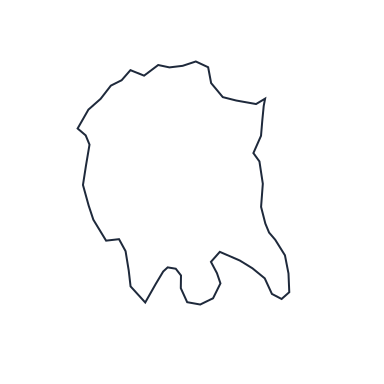 outline of Östra Göinge, Skåne, Sweden, rotated 115°
{"feature_id": "70781695B77141748378348", "entity_name": "Östra Göinge", "entity_type": "district", "adm_level": 2, "iso_a3": "SWE", "parent_name": "Sweden", "parent_adm1": "Skåne", "projection": "equal_earth", "projection_center": [14.184, 56.312], "detail": "fine", "context": "isolated", "style": "outline", "palette": "slate", "viewbox_px": 384, "rotation_deg": 115, "n_neighbors": 0, "source": "geoboundaries", "source_scale": "gbopen_adm2", "svg_char_len": 879}
<svg xmlns="http://www.w3.org/2000/svg" viewBox="0 0 384 384"><g transform="rotate(115 192 192)"><path d="M107.6,299.3L120.4,303.0L129.9,310.5L146.2,314.2L161.1,320.7L182.8,322.5L185.6,312.3L192.4,304.9L212.7,299.3L231.7,293.8L248.0,279.9L258.8,269.7L272.4,249.3L265.6,238.2L273.7,227.2L290.0,216.1L303.5,207.8L311.9,187.7L290.6,186.0L276.2,184.5L270.6,182.2L268.4,174.3L272.3,166.7L283.9,161.5L293.9,149.8L290.5,137.0L279.4,128.0L262.8,127.6L255.0,135.1L247.3,145.3L234.5,141.5L233.9,119.7L235.6,105.0L239.5,89.6L250.6,76.5L251.1,65.6L241.7,61.5L225.1,70.1L210.1,81.0L200.1,96.4L196.2,105.0L189.6,112.2L176.3,123.1L154.6,131.3L135.8,143.8L130.8,152.8L111.9,153.2L97.5,158.5L83.6,163.4L76.5,165.2L85.2,171.1L90.4,190.6L93.0,204.2L85.2,220.7L72.1,230.1L72.1,243.7L81.6,253.8L88.6,265.1L91.2,276.3L106.8,284.6L107.6,299.3Z" fill="none" stroke="#1e293b" stroke-width="2"/></g></svg>